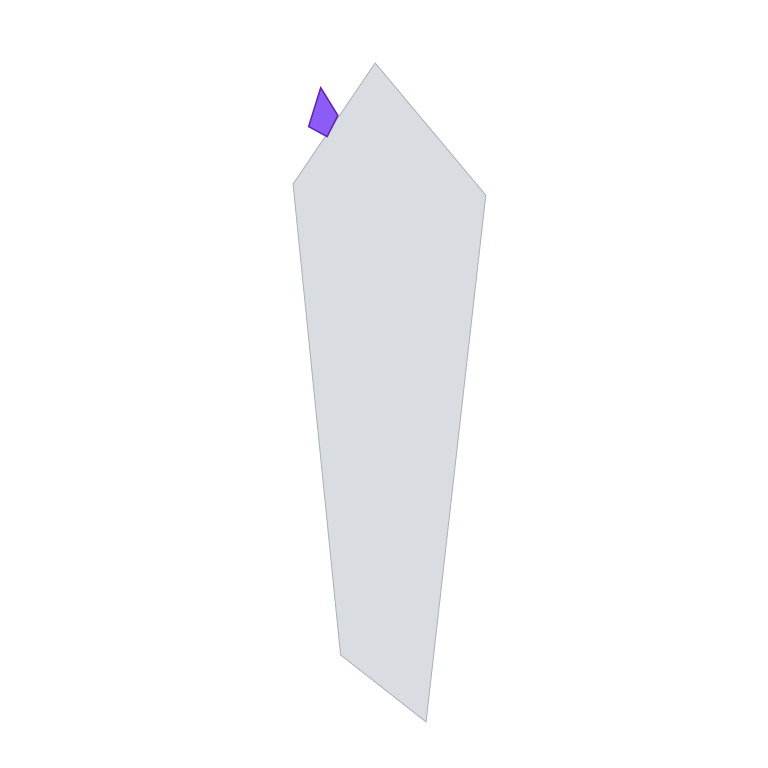 where Island Harbour sits in Anguilla, rotated 297°
{"feature_id": "AIA-5117", "entity_name": "Island Harbour", "entity_type": "District", "adm_level": 1, "iso_a3": "AIA", "parent_name": "Anguilla", "parent_adm1": "", "projection": "natural_earth1", "projection_center": [-63.003, 18.271], "detail": "fine", "context": "in_parent", "style": "filled", "palette": "violet", "viewbox_px": 768, "rotation_deg": 297, "n_neighbors": 0, "source": "natural_earth", "source_scale": "10m", "svg_char_len": 365}
<svg xmlns="http://www.w3.org/2000/svg" viewBox="0 0 768 768"><g transform="rotate(297 384 384)"><path d="M598.4,389.0L102.0,574.9L122.9,468.3L520.9,212.2L666.0,230.4L598.4,389.0Z" fill="#d9dde1" stroke="#a8b0b8" stroke-width="1"/><path d="M579.1,200.0L619.3,193.1L602.3,221.0L578.6,221.0L579.1,200.0Z" fill="#8b5cf6" stroke="#5b21b6" stroke-width="1.5"/></g></svg>